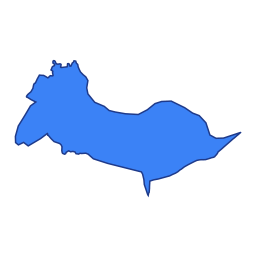 Douentza, Mopti, Mali
{"feature_id": "8926073B88686388091277", "entity_name": "Douentza", "entity_type": "district", "adm_level": 2, "iso_a3": "MLI", "parent_name": "Mali", "parent_adm1": "Mopti", "projection": "natural_earth1", "projection_center": [-2.566, 15.116], "detail": "fine", "context": "isolated", "style": "filled", "palette": "blue", "viewbox_px": 256, "rotation_deg": 0, "n_neighbors": 0, "source": "geoboundaries", "source_scale": "gbopen_adm2", "svg_char_len": 2380}
<svg xmlns="http://www.w3.org/2000/svg" viewBox="0 0 256 256"><path d="M81.6,153.5L85.8,153.2L88.2,154.2L91.0,156.7L93.4,158.8L107.7,163.4L141.4,171.9L142.6,174.2L143.9,179.6L144.3,184.5L147.7,194.6L148.2,195.4L148.4,194.4L148.6,193.3L148.9,192.7L149.2,192.2L149.2,191.7L149.3,190.7L149.4,189.4L149.5,188.3L149.5,187.0L149.6,184.7L149.7,183.5L149.8,181.1L153.8,179.8L158.2,179.0L162.6,177.8L166.6,176.7L169.6,175.9L172.6,174.4L175.4,173.2L177.9,171.7L180.0,169.9L181.4,169.1L184.4,166.8L188.3,164.6L194.2,161.6L196.8,160.4L199.2,159.9L201.1,159.7L203.7,159.7L205.6,159.6L209.0,158.6L211.6,157.7L213.5,157.3L214.7,156.7L215.5,155.6L216.5,154.7L217.2,153.6L217.7,152.8L217.8,152.5L218.0,152.0L221.7,148.9L223.8,147.0L228.4,143.0L232.7,139.2L233.3,138.7L233.7,138.4L234.6,137.7L235.6,136.8L236.2,136.3L237.2,135.4L237.9,134.9L238.9,134.0L239.6,133.4L240.5,132.6L240.4,132.5L223.5,138.1L216.0,138.3L209.9,135.0L205.9,122.8L199.2,115.6L192.6,113.1L184.7,107.7L171.2,101.1L161.6,101.5L155.0,103.6L147.3,109.8L138.3,114.5L125.6,113.8L115.1,112.0L109.1,110.5L104.3,106.4L94.7,102.3L87.9,93.9L86.7,87.9L87.9,80.6L85.8,76.9L83.0,74.6L80.5,72.0L79.3,69.6L78.2,67.0L77.7,64.4L76.4,63.2L75.7,61.1L74.0,60.8L73.4,62.2L72.2,63.1L71.6,64.7L70.8,66.2L69.8,66.0L69.4,64.2L68.5,63.6L67.6,63.7L67.4,65.1L67.4,66.0L67.1,66.8L62.4,67.4L61.1,67.5L60.6,67.2L60.6,66.7L60.9,66.2L60.9,65.6L61.1,64.6L60.8,64.1L60.2,63.9L59.4,63.9L58.5,64.1L57.9,64.1L57.4,64.1L56.8,64.0L55.7,62.9L55.3,61.6L54.6,60.8L53.8,60.6L53.2,60.9L52.9,61.8L53.0,63.1L54.7,64.4L54.4,65.5L54.0,65.9L53.4,66.0L53.1,66.3L52.4,66.7L52.1,67.4L51.7,68.2L51.5,69.0L51.0,69.9L51.2,70.2L51.8,70.4L52.1,70.8L52.7,71.1L52.8,71.7L52.5,72.7L52.9,74.3L53.0,75.6L52.2,75.9L50.3,75.7L49.0,76.8L48.6,77.5L47.7,77.8L45.8,76.6L43.6,75.4L41.5,75.3L39.4,75.1L37.3,78.9L35.4,83.0L34.3,83.5L33.6,84.9L32.9,88.4L30.9,91.8L28.0,94.3L27.3,95.1L26.9,95.7L26.5,96.3L26.6,97.0L27.1,97.3L27.6,97.4L31.2,99.7L35.8,102.0L30.5,105.9L25.0,115.2L18.3,126.0L15.4,136.4L15.6,142.6L18.4,144.9L23.6,142.4L28.2,145.9L40.4,138.7L47.3,133.5L47.7,134.0L47.7,135.2L48.6,135.7L51.1,138.7L54.1,141.6L59.6,143.5L61.0,144.7L62.0,146.7L61.8,150.7L62.1,152.0L62.2,152.7L62.7,153.4L63.8,153.9L64.7,154.2L65.7,153.6L66.2,152.3L68.7,150.8L70.6,151.8L72.9,151.4L75.0,152.0L76.0,153.7L77.4,153.9L78.6,154.1L80.0,153.3L81.6,153.5Z" fill="#3b82f6" stroke="#1e3a8a" stroke-width="1.5"/></svg>